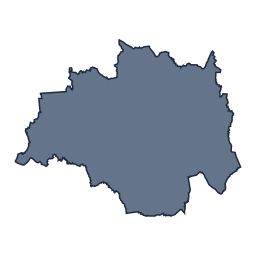 Mueang Ratchaburi, Ratchaburi, Thailand (Equal Earth projection)
{"feature_id": "78962969B80351946153843", "entity_name": "Mueang Ratchaburi", "entity_type": "district", "adm_level": 2, "iso_a3": "THA", "parent_name": "Thailand", "parent_adm1": "Ratchaburi", "projection": "equal_earth", "projection_center": [99.739, 13.545], "detail": "fine", "context": "isolated", "style": "filled", "palette": "slate", "viewbox_px": 256, "rotation_deg": 0, "n_neighbors": 0, "source": "geoboundaries", "source_scale": "gbopen_adm2", "svg_char_len": 5763}
<svg xmlns="http://www.w3.org/2000/svg" viewBox="0 0 256 256"><path d="M240.6,167.0L236.0,156.3L235.2,152.7L234.3,152.2L232.2,152.1L231.1,151.3L231.5,145.6L230.7,143.9L229.6,142.7L228.9,140.0L228.9,137.6L228.0,136.2L228.8,135.0L227.8,134.0L229.2,132.8L228.7,131.9L227.8,131.3L229.5,130.1L228.9,128.9L228.7,127.5L229.4,126.4L230.6,126.4L230.6,123.3L231.7,122.2L232.2,119.8L231.9,117.7L232.4,117.1L232.1,116.5L232.7,115.1L233.3,115.0L233.5,113.4L232.2,112.2L231.9,110.9L231.4,110.9L230.6,111.6L229.9,111.0L229.5,109.9L228.5,110.5L228.9,109.5L228.6,108.2L227.9,107.5L227.9,106.5L227.1,106.9L227.0,105.7L226.3,105.3L226.7,104.3L227.5,103.8L228.1,102.7L227.5,101.1L227.6,100.3L226.4,98.3L227.1,94.1L223.0,93.8L221.2,96.9L219.9,96.6L220.0,95.5L219.6,91.6L219.9,91.6L220.7,90.1L221.0,87.6L221.5,86.9L221.1,85.9L219.3,86.6L219.3,85.1L217.1,84.6L216.8,83.1L216.1,83.3L216.2,81.2L215.7,80.9L215.9,79.4L215.5,79.3L215.9,72.4L220.2,72.4L220.8,70.0L218.7,68.3L215.6,66.6L214.8,65.3L215.1,64.9L213.8,63.7L216.2,60.7L214.0,58.5L214.8,56.7L212.9,55.0L214.0,52.7L212.5,51.1L211.3,52.5L208.2,59.6L208.0,60.7L206.6,62.8L205.3,66.7L203.8,68.6L202.2,68.7L200.4,66.9L197.4,65.9L197.1,64.9L190.3,64.8L190.1,63.8L188.5,63.3L186.9,64.3L186.2,65.9L184.3,65.8L183.4,65.2L183.0,66.0L181.6,66.5L180.9,67.5L180.8,66.4L177.6,66.3L177.5,65.3L175.7,64.9L175.8,63.3L174.1,62.9L174.4,61.5L173.5,61.2L173.8,59.3L173.2,59.0L173.1,59.8L171.8,59.7L172.0,58.6L171.5,58.4L171.5,57.7L170.0,57.5L168.7,55.6L168.4,54.5L168.9,53.1L168.7,52.7L165.3,51.5L162.8,52.4L161.7,52.2L161.0,52.7L160.1,52.8L159.0,55.2L158.4,55.6L157.9,56.5L155.8,56.6L153.7,52.9L149.8,48.3L149.3,46.2L144.2,46.8L140.9,48.2L140.0,48.0L139.5,47.0L138.2,48.2L135.3,47.3L134.0,48.7L133.2,48.8L131.4,47.1L125.7,44.2L123.6,42.3L119.2,39.9L119.0,40.6L119.2,44.7L120.0,45.1L120.2,45.7L121.3,46.2L121.4,47.9L123.1,50.1L122.8,51.6L120.9,52.0L119.2,54.9L118.0,55.6L117.9,59.8L118.4,61.3L117.4,63.8L114.5,65.1L114.6,65.9L116.5,67.0L117.1,67.8L117.0,69.3L116.4,70.6L117.2,72.3L116.9,77.3L113.1,78.4L111.2,78.4L108.3,79.4L106.8,77.4L106.5,78.2L105.6,77.4L103.8,76.8L102.1,75.2L101.0,74.8L98.4,72.4L97.2,69.1L94.0,67.5L93.8,67.8L92.3,67.2L90.9,67.9L89.9,69.5L90.7,69.7L90.3,70.8L86.5,70.0L85.4,72.4L83.5,71.5L82.3,72.8L81.5,70.9L80.6,70.8L79.3,72.3L79.0,73.6L77.8,74.3L75.6,72.4L73.1,72.4L70.9,71.5L70.8,71.1L72.0,70.5L72.0,69.6L71.5,68.0L70.0,67.8L69.5,68.5L69.2,72.3L70.0,72.8L70.3,75.3L70.0,76.2L68.9,77.5L68.8,78.3L72.1,80.8L71.8,84.5L72.6,86.0L72.8,88.4L72.3,89.7L71.5,89.6L71.5,88.5L70.4,87.9L70.2,86.3L68.8,86.5L67.9,86.0L66.2,88.9L66.2,91.6L40.5,93.4L40.5,94.2L41.1,94.4L41.9,98.5L38.9,98.5L39.8,109.3L40.3,111.5L41.0,112.1L40.7,112.5L39.4,112.0L38.9,112.5L38.5,114.7L38.6,116.3L37.5,118.6L34.2,119.8L34.7,121.8L34.0,121.8L33.9,123.0L32.6,123.2L30.5,122.4L29.2,128.0L28.0,127.5L27.5,128.9L25.9,128.9L25.5,131.3L25.8,132.0L26.3,132.2L26.2,132.6L26.8,132.5L26.8,134.1L27.2,134.1L27.1,135.1L28.4,137.3L28.2,138.4L29.4,141.2L29.2,141.5L30.1,142.2L28.7,143.3L28.7,146.5L26.6,150.5L24.8,152.4L24.7,153.1L23.3,153.1L23.0,154.2L22.5,154.2L21.8,152.7L18.1,154.1L17.0,158.3L15.6,160.7L15.4,161.7L17.7,163.1L22.7,165.0L24.1,164.9L27.9,161.7L30.1,158.3L31.1,157.8L32.5,158.6L36.6,162.3L38.5,162.7L39.5,161.8L40.5,161.8L41.1,162.5L41.5,164.5L44.2,164.8L45.8,166.3L47.0,165.8L48.0,164.5L47.4,164.2L47.6,163.3L47.0,162.6L47.2,161.4L47.7,161.2L47.4,160.5L47.6,159.7L49.3,158.6L50.2,158.8L51.2,158.3L51.8,158.7L52.8,158.2L53.5,157.4L53.0,157.1L52.9,155.1L54.3,154.3L55.0,154.9L55.9,154.9L55.9,156.3L57.5,157.0L58.4,159.1L58.3,160.2L58.7,159.7L59.3,159.6L59.7,160.1L60.2,159.6L60.8,160.1L61.0,161.0L61.6,161.1L62.8,157.5L63.6,158.0L64.1,158.9L64.6,158.2L65.1,159.5L66.1,159.7L66.0,160.4L67.1,160.7L67.0,161.9L67.6,161.8L67.0,163.3L67.3,163.8L69.0,163.0L69.1,163.7L69.9,163.1L71.0,164.1L72.6,162.9L72.9,163.9L75.2,164.0L78.0,165.7L79.2,165.8L79.9,166.3L80.6,165.1L82.5,164.1L83.4,165.7L85.5,165.6L85.8,167.1L86.5,167.7L86.2,169.0L86.6,170.7L87.3,171.6L87.8,173.8L88.6,174.1L89.1,176.7L90.2,178.1L90.2,179.9L91.1,180.7L90.1,182.3L90.3,183.1L91.0,183.8L90.7,186.0L91.4,186.5L92.5,185.8L94.7,186.3L98.3,184.8L99.5,183.0L101.1,183.1L102.0,182.3L103.0,182.5L103.8,181.8L104.1,182.1L104.0,182.8L104.5,182.5L105.4,183.1L106.4,183.0L106.7,184.3L107.4,183.8L108.0,185.2L109.0,185.8L108.5,186.4L108.5,187.3L110.0,187.5L111.8,189.0L112.1,190.3L113.0,190.0L113.9,191.2L114.4,192.7L114.8,192.7L115.0,191.7L115.8,191.7L116.3,191.0L117.7,191.7L118.8,193.4L119.5,193.4L119.6,198.1L120.4,198.9L120.9,200.4L122.0,201.2L122.1,202.3L122.6,203.1L123.8,203.5L124.5,204.3L124.6,205.7L126.1,209.6L126.3,213.3L138.3,211.7L138.4,212.8L140.9,212.7L140.7,214.1L143.1,214.3L143.2,215.1L146.7,216.1L146.8,215.6L147.5,215.5L147.6,215.8L150.7,216.0L155.1,216.0L155.7,215.2L158.2,214.8L159.9,215.1L163.3,213.4L163.8,215.4L165.7,214.6L165.9,215.8L168.6,215.1L168.8,215.5L170.7,215.4L170.8,216.0L174.8,214.6L180.5,209.4L181.9,210.0L184.5,213.1L184.4,211.3L185.2,208.0L185.0,207.0L184.6,206.7L185.2,206.5L185.3,206.0L185.2,205.0L184.7,204.7L185.0,203.7L184.6,203.1L185.3,203.1L185.2,202.7L186.4,202.0L186.6,202.5L187.1,202.3L187.5,202.1L187.5,201.5L188.2,201.4L188.8,195.8L188.6,193.0L189.2,192.9L190.3,190.0L188.1,177.1L189.5,177.2L189.4,176.8L190.3,176.0L191.2,176.3L196.4,175.1L200.0,171.8L201.2,172.8L202.1,172.3L204.4,175.2L205.1,177.4L206.4,179.3L208.9,184.5L213.2,188.1L215.1,189.0L218.2,192.7L220.9,194.1L222.3,193.1L222.5,192.0L223.2,191.6L223.3,191.0L223.7,191.1L223.9,190.4L224.7,190.2L225.4,189.5L225.6,187.8L225.1,183.8L226.7,180.0L227.8,178.5L228.0,177.4L229.6,176.6L230.4,174.4L231.7,174.1L232.5,173.5L232.6,173.0L236.0,171.1L236.3,170.4L236.7,170.6L236.9,169.5L237.5,169.3L237.4,168.7L237.8,168.1L238.0,168.3L240.6,167.0Z" fill="#64748b" stroke="#1e293b" stroke-width="1.5"/></svg>